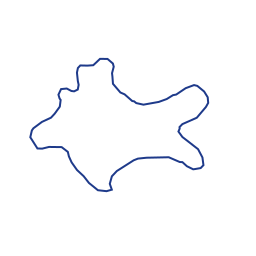 outline of San Lucas Sacatepéquez, Sacatepéquez, Guatemala, rotated 318°
{"feature_id": "79465075B92764455721704", "entity_name": "San Lucas Sacatepéquez", "entity_type": "district", "adm_level": 2, "iso_a3": "GTM", "parent_name": "Guatemala", "parent_adm1": "Sacatepéquez", "projection": "mercator", "projection_center": [-90.646, 14.595], "detail": "fine", "context": "isolated", "style": "outline", "palette": "blue", "viewbox_px": 256, "rotation_deg": 318, "n_neighbors": 0, "source": "geoboundaries", "source_scale": "gbopen_adm2", "svg_char_len": 1089}
<svg xmlns="http://www.w3.org/2000/svg" viewBox="0 0 256 256"><g transform="rotate(318 128 128)"><path d="M134.4,49.6L130.9,49.9L127.1,52.7L122.1,59.6L120.2,62.9L116.4,65.8L112.5,64.7L110.7,62.6L108.9,57.7L104.3,54.3L98.6,56.7L96.9,60.3L96.7,62.1L91.6,66.5L83.1,68.3L77.7,68.8L68.2,65.9L57.5,64.9L54.9,65.5L49.2,69.5L47.0,82.6L50.4,85.9L56.6,89.2L65.9,97.8L67.3,105.5L65.1,109.5L63.1,115.8L62.0,125.1L62.8,134.1L62.2,142.7L64.0,154.1L69.8,160.6L74.7,163.0L77.1,157.3L83.7,153.1L90.9,152.5L110.6,155.8L114.9,157.4L121.9,162.5L138.7,177.0L143.7,187.9L145.6,189.8L146.2,195.8L148.8,202.3L150.4,203.4L155.2,206.4L159.2,206.1L163.6,199.7L165.9,190.6L162.4,171.1L163.1,164.4L166.0,163.0L166.9,161.8L171.0,161.5L186.0,166.4L200.0,164.5L204.4,163.0L207.8,158.5L209.0,151.8L207.7,143.1L205.8,140.3L197.5,137.0L186.2,135.4L183.4,133.7L176.2,132.4L168.3,129.2L155.1,121.0L150.8,115.0L150.4,112.3L149.2,110.8L148.0,100.7L146.1,96.5L146.4,85.1L150.8,79.4L152.8,76.6L158.4,72.9L159.9,70.0L159.0,63.0L153.5,57.9L144.2,58.1L139.6,54.5L134.4,49.6Z" fill="none" stroke="#1e3a8a" stroke-width="2"/></g></svg>